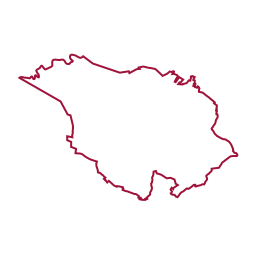 Momil, Córdoba, Colombia, rotated 92°
{"feature_id": "7082276B97277797661378", "entity_name": "Momil", "entity_type": "district", "adm_level": 2, "iso_a3": "COL", "parent_name": "Colombia", "parent_adm1": "Córdoba", "projection": "mercator", "projection_center": [-75.649, 9.257], "detail": "fine", "context": "isolated", "style": "outline", "palette": "rose", "viewbox_px": 256, "rotation_deg": 92, "n_neighbors": 0, "source": "geoboundaries", "source_scale": "gbopen_adm2", "svg_char_len": 5581}
<svg xmlns="http://www.w3.org/2000/svg" viewBox="0 0 256 256"><g transform="rotate(92 128 128)"><path d="M180.5,149.5L179.9,149.3L183.2,146.9L181.5,145.3L185.9,140.0L186.6,138.7L187.0,137.3L186.5,137.2L186.6,136.4L186.6,135.5L186.6,135.4L186.9,133.5L187.5,131.0L188.7,131.2L188.8,130.8L189.0,130.5L189.6,130.7L189.6,131.1L190.1,131.2L190.4,130.2L191.2,127.9L191.2,127.0L191.4,126.2L192.3,123.7L192.7,122.2L193.7,119.5L193.7,118.1L194.0,117.3L195.7,114.8L196.8,115.1L196.9,114.7L197.4,114.9L197.7,113.9L197.1,113.7L197.4,112.8L198.8,113.0L198.6,113.7L198.8,113.8L199.0,113.0L198.8,113.0L198.9,112.2L198.9,111.4L199.1,110.7L199.3,110.7L199.2,108.3L198.4,108.4L198.4,107.3L198.1,107.3L198.1,106.3L197.3,106.4L197.4,107.6L196.6,106.4L196.3,106.1L195.8,105.9L195.3,105.1L194.1,103.9L193.6,103.6L191.5,103.6L189.6,102.5L187.8,102.0L186.7,102.0L186.0,102.2L185.4,102.6L183.9,102.7L183.0,103.0L182.7,102.9L182.1,102.4L181.5,102.1L181.1,102.1L180.2,101.9L178.9,101.8L176.7,102.2L175.0,101.4L174.0,101.1L172.6,101.0L170.7,100.9L170.0,98.6L172.3,97.7L173.5,93.2L176.9,87.6L176.3,83.7L177.9,79.7L182.0,78.4L183.3,76.2L186.4,80.6L187.4,80.7L186.2,82.3L188.1,83.3L189.8,81.9L191.3,82.2L191.6,82.5L191.8,83.0L192.2,82.8L192.5,82.4L193.0,81.6L193.1,81.1L193.2,79.2L193.8,78.5L194.3,78.1L194.7,78.0L195.4,76.1L195.2,75.9L191.7,73.6L191.0,73.0L190.3,72.2L189.3,70.4L186.4,67.3L186.4,66.9L186.7,65.8L186.7,65.5L186.4,65.2L186.3,64.7L183.9,61.7L183.3,61.2L182.7,60.3L182.4,59.4L182.3,59.0L182.5,58.7L183.1,58.7L183.9,58.8L184.1,58.5L184.1,58.1L183.6,57.0L182.6,53.4L181.9,52.2L181.6,51.2L181.6,50.7L181.7,49.9L180.4,49.2L179.2,48.9L177.2,47.5L176.4,47.2L176.0,47.2L175.5,47.3L173.8,48.0L173.2,48.1L172.8,47.9L172.0,47.2L170.5,45.2L169.7,44.7L168.3,43.2L168.0,43.0L167.5,42.9L165.8,43.0L165.3,40.4L164.8,37.2L164.6,35.9L164.4,35.6L164.2,35.4L162.6,34.6L160.9,33.4L159.8,33.0L159.1,32.5L158.2,31.2L156.8,29.6L153.0,24.9L152.7,24.1L152.4,22.8L152.3,21.1L152.3,18.9L152.2,18.3L151.9,17.9L151.6,17.8L150.9,17.8L150.6,18.0L150.2,18.4L149.4,18.9L149.3,20.0L149.1,20.7L148.9,21.0L148.4,21.2L147.5,22.2L147.2,22.2L146.8,22.0L146.7,22.0L146.1,22.3L145.4,22.3L144.7,22.5L144.2,22.9L143.7,22.9L142.8,23.5L141.1,24.2L138.2,26.4L137.2,28.3L136.3,29.5L136.0,30.7L135.7,33.0L135.0,34.4L134.7,35.4L134.2,36.0L133.9,36.7L133.7,37.0L133.5,37.6L133.0,38.3L132.9,38.7L132.5,39.2L131.9,39.7L131.1,40.7L130.4,41.3L128.6,42.3L127.6,43.0L126.9,43.8L126.3,44.2L125.5,44.4L124.2,43.4L121.8,42.0L120.7,41.2L120.2,41.0L119.1,40.7L118.0,40.6L116.9,40.3L114.6,39.0L114.3,38.9L112.6,38.8L111.4,39.1L111.3,39.7L111.0,39.7L110.9,40.2L109.3,40.1L108.5,39.8L107.9,39.8L107.6,40.6L107.1,40.5L107.0,40.3L106.8,40.5L106.2,40.4L106.3,40.0L106.0,39.9L105.8,39.9L105.7,40.1L105.6,40.3L105.4,40.3L105.4,40.1L104.6,40.1L103.7,40.0L102.3,40.0L101.3,41.6L100.2,42.9L100.0,42.7L100.3,42.2L99.5,42.1L99.2,42.3L95.8,46.8L94.9,47.8L93.0,50.6L90.2,54.4L90.0,54.6L89.9,55.2L89.4,58.3L89.0,58.5L87.1,58.3L86.1,58.0L85.3,58.4L84.3,59.1L84.0,59.6L85.2,60.1L85.4,60.4L85.2,60.9L84.8,61.2L84.8,62.4L84.6,62.6L83.7,62.6L83.8,64.1L82.9,64.0L81.6,63.7L81.4,63.2L81.7,62.2L81.3,62.2L80.9,62.7L80.5,63.0L78.2,62.9L77.8,64.4L77.7,64.4L76.9,64.3L76.3,64.0L75.6,63.5L74.8,63.1L74.0,65.1L73.9,65.8L74.0,66.1L74.7,66.3L74.6,66.9L75.8,66.9L78.6,67.4L78.6,67.6L78.2,68.4L78.2,68.7L78.3,68.9L80.9,70.8L81.2,71.2L81.9,73.6L82.0,74.5L82.3,74.6L82.6,74.9L82.4,79.3L80.7,78.2L81.1,77.4L77.7,74.6L75.4,78.6L77.8,80.2L80.5,82.0L80.1,82.9L77.6,81.8L74.6,80.0L74.1,80.2L73.6,80.6L72.6,83.0L72.3,84.0L72.5,85.5L72.3,85.4L71.9,84.8L71.2,84.2L70.4,84.0L70.0,84.0L69.7,84.3L69.7,84.7L69.7,84.9L70.4,85.8L70.5,86.3L70.1,88.2L72.5,90.9L74.7,95.3L73.2,96.8L69.2,101.4L68.2,102.7L67.9,103.7L67.3,107.3L67.1,109.5L66.9,110.5L66.7,111.7L66.4,112.8L66.1,114.7L66.2,115.8L67.2,119.3L68.0,118.6L68.5,118.3L68.7,120.2L69.0,121.5L69.3,122.1L73.1,128.5L71.3,129.2L73.0,138.1L64.8,165.4L57.9,175.3L58.1,175.4L59.2,176.9L59.5,177.8L59.5,178.4L59.1,179.6L58.6,180.8L57.8,182.1L57.3,183.3L56.8,185.5L56.7,186.8L57.0,187.7L57.4,188.1L58.5,188.5L59.5,188.4L60.5,188.1L60.9,187.8L61.8,187.0L62.6,185.8L62.8,185.6L63.2,185.6L63.6,185.8L63.9,186.2L64.3,187.4L64.6,187.8L64.8,188.0L65.7,188.5L65.9,188.7L66.1,189.6L66.1,190.3L66.0,191.2L65.8,191.7L65.5,192.1L65.0,192.6L63.3,193.6L62.3,194.7L62.0,195.3L61.9,196.4L62.4,198.3L62.5,199.2L62.2,203.4L62.4,204.5L62.8,205.3L63.5,205.7L64.2,206.0L65.4,206.0L67.8,205.8L68.6,206.0L69.1,206.4L69.7,207.3L72.1,212.0L72.3,212.7L72.2,213.1L71.8,213.6L70.3,214.9L69.1,215.9L68.8,216.2L68.8,216.5L69.0,216.9L69.4,217.4L70.7,218.0L71.3,218.5L71.9,219.4L72.5,220.5L73.1,221.2L73.6,221.5L74.0,221.7L76.0,220.6L77.5,219.4L78.4,219.0L80.0,218.8L80.5,219.0L80.5,219.3L80.4,219.8L80.3,220.1L79.9,220.5L78.8,221.4L78.5,221.9L78.5,222.2L78.8,222.6L79.2,222.8L81.0,222.8L81.8,222.9L82.3,223.2L82.4,223.6L82.4,224.0L82.2,224.4L81.6,224.7L80.3,225.4L80.0,225.7L79.9,225.9L79.9,226.3L80.1,226.6L81.4,227.5L81.7,227.8L81.8,228.0L81.4,230.7L81.2,233.9L80.9,234.8L80.8,236.0L81.0,237.3L81.7,238.2L103.8,196.3L116.6,188.8L117.4,185.9L127.2,183.2L129.2,183.0L132.1,183.1L133.6,183.2L135.0,183.0L135.5,183.1L136.8,183.5L137.5,183.4L138.2,183.5L139.2,183.3L138.4,188.5L142.3,188.3L143.9,184.3L148.9,184.2L150.6,179.2L155.0,179.6L155.1,178.2L155.2,174.8L155.8,172.9L156.2,172.2L157.9,170.0L160.0,166.1L160.6,164.7L161.3,162.6L162.6,157.9L164.5,158.4L165.9,158.4L167.5,158.1L170.6,156.9L171.9,156.6L172.7,156.6L173.5,156.4L173.6,155.3L173.8,154.5L174.0,154.2L174.9,153.2L176.3,151.2L177.5,150.1L178.3,148.9L179.7,150.3L180.5,149.5Z" fill="none" stroke="#9f1239" stroke-width="2"/></g></svg>